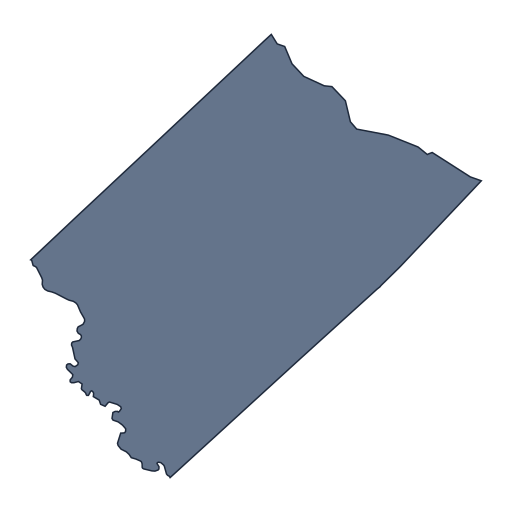 the district of Aiken, South Carolina, United States of America
{"feature_id": "52423323B95410020978847", "entity_name": "Aiken", "entity_type": "district", "adm_level": 2, "iso_a3": "USA", "parent_name": "United States of America", "parent_adm1": "South Carolina", "projection": "robinson", "projection_center": [-81.813, 33.538], "detail": "fine", "context": "isolated", "style": "filled", "palette": "slate", "viewbox_px": 512, "rotation_deg": 0, "n_neighbors": 0, "source": "geoboundaries", "source_scale": "gbopen_adm2", "svg_char_len": 1940}
<svg xmlns="http://www.w3.org/2000/svg" viewBox="0 0 512 512"><path d="M227.5,75.3L192.7,107.9L158.4,140.1L113.6,182.0L73.6,219.4L69.8,223.0L30.7,259.8L31.0,259.9L31.8,260.7L33.1,265.4L33.4,265.7L34.9,266.3L36.5,267.4L41.7,277.7L42.5,280.1L42.2,284.4L43.1,287.1L44.9,289.4L47.8,291.0L51.7,291.9L55.3,293.2L61.7,296.5L66.5,299.0L69.1,300.2L73.3,301.3L75.8,302.9L77.5,304.8L77.7,305.3L80.5,311.9L84.5,318.9L84.6,320.0L84.6,321.4L83.0,324.3L80.6,325.6L78.2,326.8L77.3,328.5L77.0,331.0L78.3,333.3L80.4,334.5L81.3,335.7L81.4,337.3L80.9,338.8L79.3,340.5L75.2,341.4L72.8,341.9L71.7,343.1L71.5,345.0L72.5,347.3L75.0,358.9L78.3,362.7L77.8,364.7L75.1,366.6L73.0,366.1L70.2,363.8L68.0,363.9L66.6,365.0L66.3,367.2L67.4,369.3L72.8,374.6L72.4,377.2L71.1,378.7L70.1,380.0L70.2,381.8L71.5,382.7L74.0,382.7L78.4,381.5L82.1,384.0L81.4,388.7L81.9,389.7L84.6,391.9L85.7,393.1L86.2,394.6L86.8,395.4L88.4,395.4L89.6,393.3L90.5,391.4L91.7,390.8L92.9,391.8L93.6,393.1L93.5,395.2L93.3,396.6L99.2,400.1L100.6,404.3L105.1,406.3L108.1,402.7L109.4,402.0L117.2,404.4L120.7,406.7L121.3,408.6L119.4,411.4L118.3,412.1L117.6,411.4L115.2,411.4L112.9,412.5L112.0,418.4L113.0,420.1L118.2,421.9L122.5,425.1L125.7,428.8L125.6,431.3L124.7,432.7L123.3,433.0L120.7,433.1L117.5,443.3L118.1,445.4L118.1,445.5L121.1,449.2L126.3,451.8L129.2,454.5L129.3,454.7L131.3,457.7L135.8,459.0L140.2,460.9L141.3,461.6L142.1,463.7L142.2,467.4L142.6,468.2L143.7,468.9L151.9,470.9L155.0,471.1L158.1,470.0L158.9,469.0L159.0,466.7L157.0,463.5L157.4,462.6L158.4,462.2L160.8,462.6L163.6,465.0L164.3,466.1L166.5,474.0L167.6,475.3L169.4,476.3L170.1,477.6L301.7,357.4L377.2,289.0L380.0,286.8L381.0,285.5L400.4,266.4L465.8,197.2L481.3,180.8L470.3,176.9L432.2,152.5L429.0,153.7L427.3,154.5L418.1,147.0L388.3,135.1L356.7,129.1L350.4,121.8L345.4,100.8L331.9,86.6L324.2,85.8L303.8,76.4L292.0,63.8L284.7,46.5L277.2,43.9L271.3,34.4L264.3,40.8L227.5,75.3Z" fill="#64748b" stroke="#1e293b" stroke-width="1.5"/></svg>